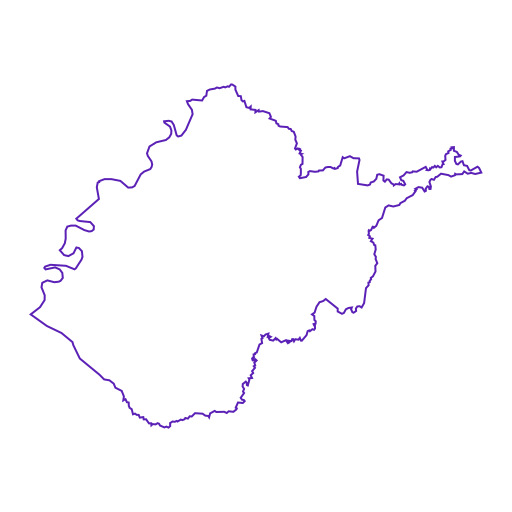 Zarzal, Valle del Cauca, Colombia (orthographic projection)
{"feature_id": "7082276B55716898367144", "entity_name": "Zarzal", "entity_type": "district", "adm_level": 2, "iso_a3": "COL", "parent_name": "Colombia", "parent_adm1": "Valle del Cauca", "projection": "orthographic", "projection_center": [-75.989, 4.355], "detail": "fine", "context": "isolated", "style": "outline", "palette": "violet", "viewbox_px": 512, "rotation_deg": 0, "n_neighbors": 0, "source": "geoboundaries", "source_scale": "gbopen_adm2", "svg_char_len": 6052}
<svg xmlns="http://www.w3.org/2000/svg" viewBox="0 0 512 512"><path d="M453.9,147.1L451.6,147.3L451.9,148.4L450.5,148.7L450.7,149.9L448.2,151.4L448.5,153.0L445.9,154.2L445.2,155.9L445.5,159.9L443.7,161.4L442.4,161.5L443.5,164.1L442.6,164.2L441.5,167.2L439.9,167.5L437.8,165.9L436.2,167.3L434.8,165.9L433.4,167.5L432.1,167.1L431.2,168.5L430.0,168.4L430.0,169.8L428.5,170.3L426.7,170.0L427.1,169.4L425.7,166.9L416.7,171.7L412.7,171.4L412.2,172.3L409.7,172.8L406.5,172.1L403.6,175.4L400.0,177.3L401.3,180.2L403.3,180.8L405.2,184.3L404.0,185.4L401.4,184.7L401.1,183.9L399.7,184.4L399.3,183.4L398.8,184.3L395.6,184.1L393.8,185.4L393.7,184.5L391.4,183.3L388.7,179.6L386.7,179.4L384.9,181.7L383.4,180.5L383.6,175.7L379.4,174.2L377.2,174.8L376.3,178.8L373.8,181.5L370.7,182.5L370.0,184.5L367.7,185.4L358.0,183.9L357.1,171.6L359.5,160.0L359.0,158.4L353.5,158.2L349.9,156.2L344.2,158.3L342.7,157.2L340.2,165.5L338.1,166.8L337.7,168.1L334.9,168.9L334.4,168.0L333.3,168.5L330.6,167.0L327.9,167.0L325.4,167.5L322.9,170.4L319.0,170.5L318.5,171.4L315.0,171.8L309.9,171.1L308.3,172.0L308.4,174.4L306.1,177.0L299.9,178.2L298.9,176.7L300.6,175.4L300.9,173.0L300.8,168.7L299.9,167.3L300.9,164.8L302.5,163.9L302.6,157.0L300.6,154.3L301.5,153.9L299.6,153.4L300.9,150.7L299.7,150.1L300.1,149.2L299.3,148.8L299.1,149.8L297.5,148.5L295.8,149.5L295.0,148.5L296.9,143.4L295.3,139.6L295.6,136.6L293.8,131.8L291.7,131.0L290.7,129.0L288.9,128.8L287.6,127.1L280.1,126.5L278.5,125.7L278.3,124.2L276.4,123.4L275.8,120.8L269.6,118.5L270.9,116.8L269.4,113.2L262.9,111.1L259.0,111.6L258.7,110.1L255.4,112.3L255.5,109.9L250.6,109.4L250.7,106.5L249.1,107.9L246.4,107.2L244.4,100.9L242.9,101.4L241.5,100.1L240.8,96.2L238.2,96.0L235.4,89.6L235.4,86.6L232.4,84.6L231.1,84.4L229.0,86.8L227.7,86.3L225.2,87.4L223.7,86.8L219.6,88.2L216.9,87.5L215.0,88.6L209.8,89.5L207.0,90.9L206.3,95.7L204.1,97.0L202.1,100.5L192.2,99.6L190.2,100.9L186.9,101.2L188.0,104.1L191.9,109.8L192.6,114.2L185.9,129.8L181.4,135.6L178.2,136.5L176.7,135.4L173.8,125.0L171.6,121.5L168.7,120.8L164.1,121.3L164.4,122.6L170.0,126.6L171.4,130.4L171.2,133.9L169.3,137.3L165.9,140.0L156.3,142.3L149.5,146.5L147.0,153.3L147.8,155.9L151.5,161.4L152.2,164.6L151.5,167.2L150.2,169.1L144.1,171.6L140.7,174.4L134.6,186.0L132.1,187.4L128.2,187.6L120.4,180.9L111.2,179.1L104.6,179.1L99.1,181.2L99.2,182.1L97.7,182.6L96.8,187.3L98.9,199.0L76.3,218.7L77.6,220.3L79.6,221.0L90.3,222.1L93.9,226.1L93.7,229.5L91.7,231.1L89.1,231.5L84.4,230.1L75.7,225.6L71.0,225.6L67.3,226.6L65.6,230.4L65.7,238.7L64.8,243.3L62.1,248.2L59.8,250.2L64.1,255.1L68.4,256.1L73.5,253.3L76.4,247.5L78.9,248.0L81.9,251.2L82.5,256.8L81.5,259.6L75.8,268.4L74.5,269.3L66.0,265.8L50.5,264.8L45.1,266.6L44.3,267.9L45.6,269.4L55.1,267.4L59.7,269.4L62.3,272.9L62.8,277.9L60.6,280.8L58.7,281.7L54.3,282.2L47.3,280.4L42.3,282.8L41.5,287.3L44.7,295.3L44.6,300.1L40.0,307.2L30.7,314.4L46.9,326.0L61.5,333.0L72.5,342.1L73.3,345.1L79.8,358.5L99.6,374.8L104.1,379.4L109.4,380.3L113.7,383.6L115.4,387.7L121.7,390.9L123.9,396.4L123.3,400.4L125.5,399.2L126.9,402.2L128.7,402.5L128.8,405.7L129.6,407.8L131.7,409.2L133.0,414.3L135.0,413.6L136.7,414.9L138.7,414.9L139.8,417.6L143.3,417.1L143.7,419.4L146.1,419.3L149.0,423.4L151.2,423.3L151.4,425.3L152.7,424.1L155.6,424.4L157.6,423.2L159.1,423.8L160.0,425.5L164.4,427.4L166.4,426.6L168.5,427.6L170.2,426.1L170.1,423.1L172.5,421.5L174.8,421.8L176.7,420.9L177.6,421.5L180.8,419.6L182.5,420.1L184.6,419.2L185.3,418.0L187.9,418.6L189.7,416.3L191.7,416.5L195.0,413.2L202.6,413.7L205.2,415.6L208.3,416.0L209.1,417.3L210.1,413.4L214.7,410.9L216.3,412.0L224.2,411.8L226.7,413.0L228.7,411.3L233.4,411.8L236.4,409.4L236.8,408.4L235.7,407.7L238.0,402.5L242.8,403.0L244.7,401.1L243.8,400.0L242.0,399.7L240.7,397.8L244.1,393.0L243.0,391.6L244.1,388.9L242.6,386.5L242.8,384.0L245.8,381.6L246.7,382.8L246.9,385.1L247.8,385.5L249.4,379.6L248.7,378.3L252.0,378.0L250.7,375.3L253.2,373.0L252.1,371.1L255.0,367.8L253.8,366.2L255.2,365.4L254.3,362.7L256.6,360.5L255.5,359.4L254.7,360.5L253.2,360.4L253.7,358.5L252.3,359.3L252.1,358.5L253.8,356.7L253.6,354.4L255.1,354.1L255.1,353.2L256.8,352.4L259.5,344.5L262.1,343.1L261.4,338.9L262.5,338.2L261.5,335.5L263.8,336.3L265.6,334.5L268.4,333.6L267.8,336.7L269.4,336.1L270.7,336.8L268.7,337.9L269.7,339.8L273.2,340.6L275.6,338.1L276.3,339.5L277.0,338.8L281.2,342.3L285.9,340.2L287.9,343.2L289.4,342.3L288.4,340.7L291.5,341.1L292.2,339.1L293.1,339.1L294.0,341.3L295.3,339.2L298.4,339.7L299.8,337.9L300.9,340.6L301.8,340.7L306.5,335.2L307.7,331.1L309.3,330.4L309.9,331.2L312.4,329.2L314.0,329.8L315.0,328.5L314.9,325.1L314.1,325.3L313.6,324.1L315.6,323.6L315.7,321.2L314.4,320.0L314.3,316.0L312.0,314.4L314.6,312.6L316.5,306.7L319.5,302.2L323.1,301.1L325.7,299.0L337.7,308.6L337.7,311.5L342.0,313.8L343.9,312.9L345.9,309.3L348.4,308.0L351.8,307.5L351.1,309.3L352.4,312.2L353.6,312.7L356.1,311.0L355.9,308.5L357.3,306.5L359.6,306.2L361.6,307.5L364.1,303.1L366.0,288.1L368.6,285.3L368.4,282.6L369.8,282.1L369.8,280.6L371.1,279.4L370.8,277.9L372.9,276.4L375.5,271.5L375.3,265.8L377.3,263.2L375.6,259.0L375.9,256.9L374.3,254.2L375.7,249.5L375.3,245.3L374.1,244.9L373.4,242.6L370.9,241.2L372.5,238.7L369.3,237.9L369.9,236.3L368.2,235.0L368.9,233.8L368.6,230.9L368.9,230.2L369.8,230.8L371.1,230.0L372.7,226.7L373.8,227.0L373.2,228.4L376.3,225.8L378.6,220.3L382.0,218.0L385.3,207.5L388.6,205.4L393.3,206.5L399.3,205.0L400.4,203.1L404.8,200.8L406.7,198.2L412.7,195.1L415.6,191.1L415.0,190.6L416.4,189.5L415.4,188.8L418.5,187.1L422.2,187.7L424.6,191.5L425.9,190.8L425.7,188.7L427.5,186.3L428.8,186.8L429.4,189.0L430.5,189.0L430.9,186.5L429.4,182.0L430.5,179.8L431.6,179.0L433.9,179.8L435.7,177.0L437.2,176.8L441.0,173.7L448.4,175.1L451.1,176.6L455.0,175.2L455.2,173.8L456.3,174.4L462.3,174.1L464.2,171.4L467.7,173.7L471.2,172.9L475.2,174.0L481.3,172.6L479.1,168.0L477.5,166.7L470.8,170.5L469.3,170.2L467.1,165.9L463.9,165.2L462.5,161.2L461.0,161.5L457.9,164.4L456.4,164.0L454.9,160.9L454.9,157.0L460.0,156.4L460.7,155.6L458.7,154.7L456.8,151.9L453.9,150.8L453.9,147.1Z" fill="none" stroke="#5b21b6" stroke-width="2"/></svg>